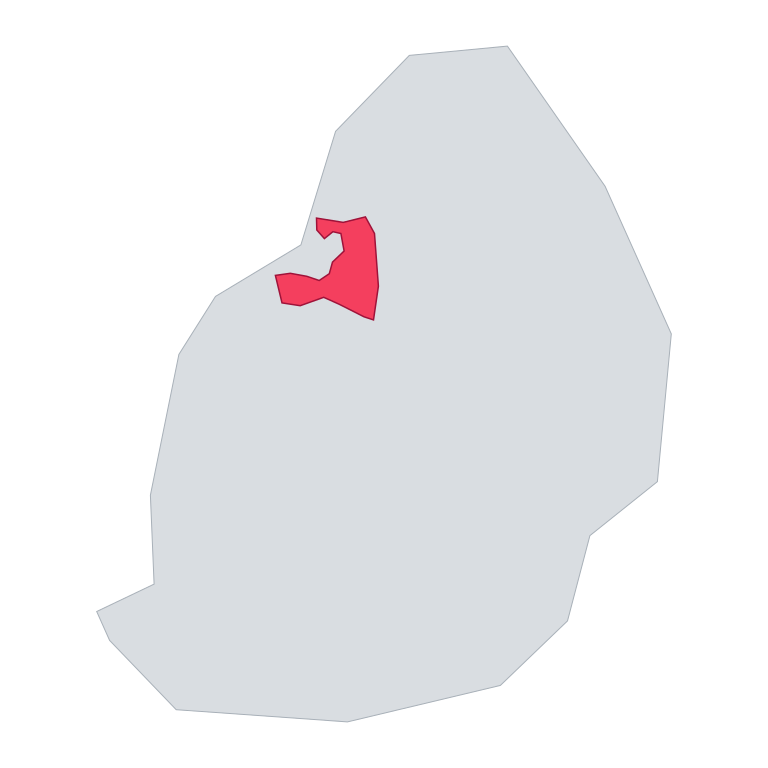 Port Louis on a map of Mauritius (orthographic projection)
{"feature_id": "MUS-5189", "entity_name": "Port Louis", "entity_type": "City", "adm_level": 1, "iso_a3": "MUS", "parent_name": "Mauritius", "parent_adm1": "", "projection": "orthographic", "projection_center": [57.509, -20.162], "detail": "fine", "context": "in_parent", "style": "filled", "palette": "rose", "viewbox_px": 768, "rotation_deg": 0, "n_neighbors": 0, "source": "natural_earth", "source_scale": "10m", "svg_char_len": 695}
<svg xmlns="http://www.w3.org/2000/svg" viewBox="0 0 768 768"><path d="M500.4,685.4L347.4,721.9L176.2,709.7L109.6,640.4L96.7,611.5L154.1,584.1L150.4,495.2L178.9,354.4L215.5,296.4L300.9,244.9L335.6,131.3L409.3,55.4L507.4,46.1L605.1,186.3L671.3,333.9L657.4,481.6L589.9,535.6L567.5,620.9L500.4,685.4Z" fill="#d9dde1" stroke="#a8b0b8" stroke-width="1"/><path d="M282.0,302.9L275.4,275.4L290.3,273.3L306.8,276.3L319.2,280.5L329.3,273.7L332.5,262.1L344.1,251.0L340.9,233.5L332.9,231.7L324.4,238.6L316.8,230.0L316.5,218.1L343.2,222.4L365.4,216.9L374.5,233.5L378.4,286.2L373.5,319.9L364.0,316.8L339.3,304.3L323.7,297.3L300.2,305.7L282.0,302.9Z" fill="#f43f5e" stroke="#9f1239" stroke-width="1.5"/></svg>